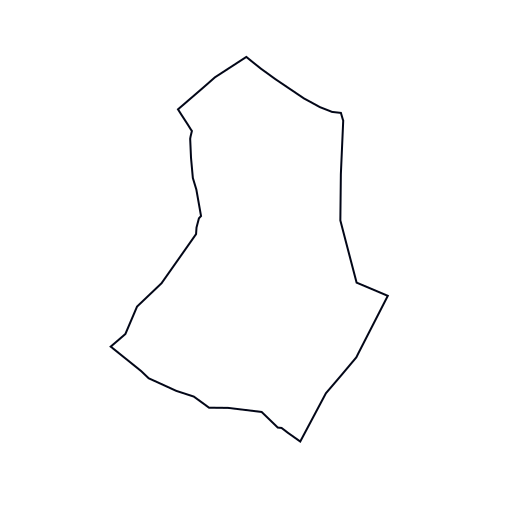 the district of San Mateo Nejápam, Guerrero, Mexico, rotated 221°
{"feature_id": "50627088B80883167871342", "entity_name": "San Mateo Nejápam", "entity_type": "district", "adm_level": 2, "iso_a3": "MEX", "parent_name": "Mexico", "parent_adm1": "Guerrero", "projection": "robinson", "projection_center": [-98.41, 17.646], "detail": "fine", "context": "isolated", "style": "outline", "palette": "ink", "viewbox_px": 512, "rotation_deg": 221, "n_neighbors": 0, "source": "geoboundaries", "source_scale": "gbopen_adm2", "svg_char_len": 919}
<svg xmlns="http://www.w3.org/2000/svg" viewBox="0 0 512 512"><g transform="rotate(221 256 256)"><path d="M130.4,312.4L162.6,301.9L197.6,325.8L215.7,338.2L245.7,373.5L279.0,415.4L279.7,415.8L279.9,415.9L285.8,419.7L293.2,414.6L295.3,413.9L295.6,413.8L305.4,410.3L320.9,406.9L323.0,406.4L356.4,402.3L356.7,402.3L357.2,402.2L375.1,400.6L387.2,400.1L393.9,399.9L404.2,364.0L406.3,348.5L411.1,315.5L404.7,313.6L393.2,310.3L392.9,310.2L389.3,309.1L388.7,308.9L386.4,308.3L383.8,303.3L382.6,301.3L369.5,287.5L354.8,273.4L354.6,273.3L344.6,267.0L323.7,250.1L323.8,247.0L319.6,238.5L315.6,233.2L313.7,215.0L309.5,174.1L309.4,173.8L309.4,173.7L312.6,139.8L303.4,111.4L306.2,92.3L267.2,93.8L256.8,93.3L227.7,101.9L210.7,109.1L191.9,110.7L177.5,123.0L149.4,142.0L127.0,140.8L123.9,143.0L115.8,143.5L100.9,145.0L113.2,198.3L113.4,222.8L113.8,245.4L114.9,249.6L130.4,312.4Z" fill="none" stroke="#020617" stroke-width="2"/></g></svg>